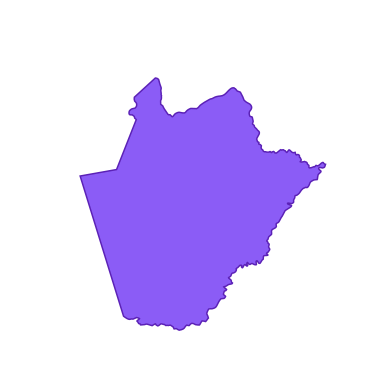 outline of La Campa, Lempira, Honduras, rotated 56°
{"feature_id": "27666195B33699186297111", "entity_name": "La Campa", "entity_type": "district", "adm_level": 2, "iso_a3": "HND", "parent_name": "Honduras", "parent_adm1": "Lempira", "projection": "equal_earth", "projection_center": [-88.545, 14.476], "detail": "fine", "context": "isolated", "style": "filled", "palette": "violet", "viewbox_px": 384, "rotation_deg": 56, "n_neighbors": 0, "source": "geoboundaries", "source_scale": "gbopen_adm2", "svg_char_len": 6012}
<svg xmlns="http://www.w3.org/2000/svg" viewBox="0 0 384 384"><g transform="rotate(56 192 192)"><path d="M299.4,245.6L298.5,244.0L298.4,243.5L298.9,242.3L299.9,240.9L300.3,239.9L300.7,238.4L300.8,236.9L300.2,235.2L297.9,231.1L297.2,229.4L296.8,228.1L296.8,227.5L298.1,225.0L298.1,224.3L297.8,223.4L297.4,222.6L297.2,222.5L294.6,223.2L294.0,222.8L293.0,221.6L292.3,220.7L292.3,220.2L292.6,219.5L292.6,219.0L292.4,218.2L292.1,217.8L290.1,218.4L288.4,218.7L288.4,218.4L288.8,217.5L289.1,216.1L289.1,214.2L289.2,213.3L290.3,210.6L290.4,210.0L290.3,209.6L290.0,209.3L289.4,209.6L288.9,209.7L287.6,209.1L286.5,208.9L284.1,209.7L283.5,209.6L283.4,209.2L283.5,208.2L283.3,206.7L282.2,205.2L281.8,204.3L281.8,203.9L282.2,203.2L282.4,202.6L282.5,201.3L282.4,200.3L281.7,199.1L281.2,198.6L280.5,198.5L280.2,197.8L280.2,196.1L279.6,193.4L279.7,193.0L280.2,192.2L280.9,191.9L281.1,192.0L281.3,192.6L281.7,192.9L282.9,192.7L283.0,192.3L282.8,191.7L281.8,189.8L281.7,188.9L281.9,188.6L283.9,188.1L284.3,187.5L284.2,187.1L284.0,186.9L283.1,187.0L282.2,186.8L281.5,186.0L281.4,185.5L281.8,185.3L283.3,185.3L284.2,184.7L284.5,184.4L284.6,182.8L284.9,182.1L286.9,181.0L287.7,180.3L288.1,179.7L288.2,179.3L288.0,179.0L286.2,178.2L285.4,177.6L285.2,177.2L285.4,176.6L286.1,176.4L288.1,176.5L288.7,176.2L289.1,175.7L289.1,175.3L288.9,174.7L287.7,172.1L287.5,170.5L285.7,169.1L285.3,168.7L285.1,168.3L285.3,167.3L286.3,165.7L286.8,164.6L286.2,164.2L285.1,164.6L284.5,164.4L284.3,163.5L284.4,162.5L283.3,159.9L282.8,159.5L282.4,159.4L281.1,159.4L280.4,159.2L279.9,158.8L278.8,157.5L278.3,157.2L277.9,157.2L277.1,157.6L276.2,157.2L275.2,157.2L274.5,157.4L274.2,157.2L273.9,156.5L273.7,155.5L272.4,154.0L272.0,153.2L271.7,150.4L271.6,149.8L270.8,149.1L269.2,148.2L268.5,147.6L268.2,147.0L268.0,146.4L268.3,142.8L268.1,142.0L267.7,141.3L266.1,140.5L265.4,139.9L265.3,139.2L265.5,137.4L265.1,136.2L263.1,132.4L262.4,130.6L259.6,125.4L259.5,124.3L259.6,118.5L259.3,117.5L259.0,117.1L258.8,117.1L255.7,119.2L255.2,119.3L254.8,119.1L254.8,118.8L255.0,118.4L257.3,115.9L257.5,115.1L257.5,114.3L257.4,113.7L257.1,113.3L255.4,112.2L254.5,110.4L254.0,109.8L253.1,109.1L252.7,108.4L253.3,107.0L253.2,104.9L252.9,103.5L251.6,100.2L251.2,98.0L251.7,95.3L251.8,95.0L252.2,94.7L252.6,94.2L252.7,93.8L252.7,93.3L252.5,92.6L252.0,91.4L250.3,88.9L250.0,88.1L249.9,87.3L250.1,84.4L251.2,82.1L251.6,81.6L251.7,81.3L251.3,80.7L249.9,79.5L248.3,77.9L248.0,77.2L247.5,74.2L247.1,73.6L246.3,73.4L245.1,73.9L244.0,74.0L243.4,73.9L243.1,73.5L242.9,73.0L243.0,72.4L245.1,70.3L245.3,69.7L245.5,68.8L245.5,68.3L245.2,67.7L243.7,65.8L243.1,66.4L242.1,66.7L241.0,66.7L240.5,67.3L240.4,68.6L240.8,71.5L240.7,72.9L240.5,73.3L239.3,74.3L239.7,76.2L239.2,76.8L238.5,79.6L237.8,81.0L237.4,81.3L237.0,81.3L235.3,80.2L233.5,80.7L232.4,80.3L231.3,80.4L230.4,81.2L229.7,81.5L229.1,83.0L228.6,84.1L227.9,85.0L227.4,85.3L227.3,85.1L226.6,83.5L224.3,83.1L223.2,83.4L222.2,82.7L221.2,82.6L220.5,82.9L220.0,83.4L219.7,84.5L219.3,84.9L218.6,84.9L216.8,84.3L216.1,86.0L215.4,86.6L214.5,87.0L212.1,87.5L211.4,87.9L211.3,88.4L212.1,90.7L212.2,91.3L211.4,91.6L210.1,91.6L209.2,92.3L208.2,92.5L207.7,93.3L207.3,94.4L206.6,94.7L206.5,95.4L206.9,99.3L206.8,100.6L206.4,100.8L206.0,101.4L204.8,101.4L204.0,101.7L203.7,102.7L203.6,103.2L203.8,103.8L203.7,104.1L203.3,104.4L202.6,104.4L202.2,104.6L202.0,105.0L202.1,105.6L201.0,107.4L199.6,108.7L199.1,109.5L198.4,109.9L197.5,110.0L196.7,109.8L195.6,110.2L195.1,110.3L193.5,109.7L192.7,108.8L192.4,108.6L191.0,108.8L189.7,109.8L189.3,109.7L188.8,109.1L188.3,108.8L187.9,108.9L187.3,109.4L186.6,109.5L185.2,109.0L184.4,108.9L183.7,108.1L181.5,103.9L180.7,103.1L179.9,102.7L178.9,102.7L177.4,103.1L175.7,103.2L173.5,103.7L172.7,103.7L171.8,103.3L171.2,103.3L170.1,103.7L169.6,103.8L169.1,103.5L168.1,102.3L167.5,101.7L163.9,100.3L163.2,100.3L162.4,101.1L161.6,101.6L160.4,101.4L158.7,100.6L157.6,99.5L156.6,96.9L155.7,95.6L154.8,95.0L153.5,94.7L152.6,94.7L151.4,94.9L147.9,96.7L145.1,97.5L141.4,96.7L136.3,96.1L134.9,97.0L133.7,98.0L130.7,98.3L129.9,98.8L129.2,98.9L128.5,99.8L128.0,101.2L128.0,102.5L128.3,104.8L129.1,108.3L129.4,110.6L129.1,113.0L128.2,115.0L127.4,116.5L126.6,118.4L126.2,119.9L125.8,123.2L125.2,124.7L125.0,126.1L124.9,127.6L124.6,131.6L124.6,134.6L124.7,136.7L125.5,139.7L125.5,141.5L122.1,146.2L121.9,146.8L121.7,148.1L121.6,149.6L121.8,151.3L122.3,152.8L122.3,153.5L122.2,154.0L121.4,155.3L118.7,158.1L118.2,159.2L117.8,161.0L117.8,162.7L118.7,165.6L118.6,166.1L118.2,166.5L115.8,166.9L114.7,168.3L114.0,168.5L107.1,168.5L104.1,168.1L101.8,168.9L98.8,167.0L97.8,165.5L96.9,164.7L95.7,164.0L95.1,163.4L94.1,163.2L93.0,162.4L90.4,161.1L89.0,159.7L88.1,159.2L84.6,158.3L80.2,156.8L79.4,156.9L78.3,157.4L77.6,158.0L77.0,158.7L81.2,186.8L82.7,188.0L84.5,188.7L86.4,188.4L87.7,188.5L88.9,189.2L89.8,190.0L90.3,191.1L90.6,192.3L89.5,195.2L89.4,196.2L89.5,197.3L89.7,198.3L90.1,199.0L90.7,199.6L91.5,200.2L92.4,200.5L92.9,200.5L93.4,200.1L94.8,198.3L95.9,198.0L96.7,197.7L97.1,197.6L98.7,198.2L100.8,197.7L131.2,242.0L116.2,275.8L256.7,318.2L258.6,317.5L260.6,316.6L261.7,315.9L262.4,315.3L262.8,314.7L263.4,313.2L264.4,311.9L265.1,308.1L266.1,307.2L267.2,306.5L267.6,306.3L267.8,306.5L268.0,309.4L268.2,309.8L270.3,309.6L271.1,309.8L272.5,308.8L272.8,308.7L273.2,309.0L273.5,308.9L275.4,305.5L275.9,303.9L276.3,303.3L277.3,302.4L280.5,299.8L280.6,297.2L280.8,296.1L281.0,296.0L282.2,296.1L283.8,295.3L284.0,294.8L284.1,294.0L283.9,291.8L284.0,291.4L284.4,290.9L286.0,289.5L286.3,289.0L288.0,288.4L288.9,286.8L289.4,286.4L289.8,285.3L290.5,284.2L293.4,283.1L295.5,283.4L296.5,281.4L298.0,280.7L299.2,280.0L299.5,279.6L300.2,277.8L300.6,276.1L300.5,274.6L299.7,272.5L299.4,271.1L299.6,270.6L300.4,270.0L301.1,269.1L301.1,268.7L300.7,267.4L300.7,265.8L301.1,265.2L301.9,264.4L304.0,263.2L305.5,261.5L306.4,260.2L306.3,259.7L305.0,257.1L304.5,255.8L305.9,254.1L306.9,253.4L307.0,253.0L306.6,251.6L305.8,249.5L305.7,248.9L303.8,248.3L301.4,247.9L300.6,247.4L299.4,245.6Z" fill="#8b5cf6" stroke="#5b21b6" stroke-width="1.5"/></g></svg>